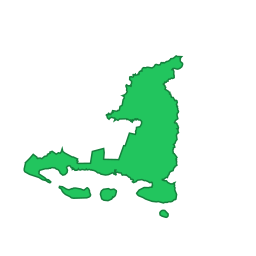 South East Santo, Sanma, Vanuatu, rotated 117°
{"feature_id": "77236927B70121045858985", "entity_name": "South East Santo", "entity_type": "district", "adm_level": 2, "iso_a3": "VUT", "parent_name": "Vanuatu", "parent_adm1": "Sanma", "projection": "mercator", "projection_center": [167.149, -15.403], "detail": "fine", "context": "isolated", "style": "filled", "palette": "green", "viewbox_px": 256, "rotation_deg": 117, "n_neighbors": 0, "source": "geoboundaries", "source_scale": "gbopen_adm2", "svg_char_len": 5922}
<svg xmlns="http://www.w3.org/2000/svg" viewBox="0 0 256 256"><g transform="rotate(117 128 128)"><path d="M176.4,177.2L179.7,176.7L181.4,177.1L181.6,178.7L183.9,180.1L183.2,185.0L185.0,186.6L185.7,185.9L188.0,187.8L188.8,187.5L189.8,187.7L191.2,189.5L194.4,190.8L194.6,192.4L195.4,193.9L196.2,194.5L196.1,195.4L195.4,195.8L194.5,200.5L199.8,201.8L205.3,203.6L205.3,203.3L205.4,203.5L211.6,201.9L213.0,201.1L213.8,200.0L214.0,194.7L212.5,184.9L212.9,180.8L212.1,177.2L212.5,174.6L212.3,172.8L211.7,172.3L211.0,172.4L210.2,175.4L210.6,176.1L210.6,177.2L211.4,177.2L211.7,177.9L210.7,178.3L210.1,179.3L209.4,186.0L209.0,186.8L207.5,187.2L207.3,187.6L205.7,187.4L201.8,183.2L200.4,180.5L199.6,180.0L199.1,178.8L198.3,178.4L197.6,177.4L197.1,175.7L196.7,175.3L197.1,173.3L196.8,171.3L197.7,169.3L199.0,167.8L199.6,164.7L198.1,163.0L195.4,162.1L193.0,162.8L191.2,164.8L189.8,164.7L188.3,163.5L188.1,162.3L189.3,160.2L188.6,159.5L188.6,159.0L189.0,158.5L189.6,158.6L189.4,158.1L189.8,158.2L189.1,157.2L189.1,156.8L189.8,156.1L188.8,154.3L188.3,154.3L187.7,153.5L187.0,153.6L187.4,152.9L187.1,151.4L185.7,150.1L184.9,147.2L183.4,146.5L183.9,145.4L182.4,143.6L182.3,142.0L181.7,141.4L181.9,141.0L181.3,139.1L181.2,137.0L181.7,134.7L181.0,132.9L181.4,131.2L180.1,126.7L178.4,124.2L175.1,121.6L174.8,120.4L175.4,119.7L174.8,119.0L175.3,118.8L175.3,117.6L174.8,117.5L174.3,117.9L174.4,118.8L174.0,118.8L173.2,119.8L172.2,120.4L171.3,120.6L171.0,119.7L172.8,119.8L173.5,119.3L172.2,117.5L172.0,115.7L171.2,113.8L172.6,111.7L171.8,110.7L171.2,109.1L169.9,108.0L170.6,108.4L171.0,108.1L170.7,107.2L171.4,104.9L171.1,104.1L171.6,102.9L172.3,102.4L172.4,101.7L171.8,101.0L171.7,100.0L172.4,99.4L173.9,99.7L174.1,98.2L171.8,96.2L171.1,96.3L170.0,95.6L167.6,92.1L167.5,89.6L166.9,88.7L166.6,86.1L166.8,83.7L165.6,82.3L165.6,81.8L168.0,80.1L168.9,80.3L169.4,79.8L170.0,79.9L170.7,81.4L171.7,82.4L173.7,86.6L178.2,89.9L182.2,90.7L183.1,89.4L183.5,87.7L183.1,83.0L183.3,80.2L182.4,73.2L180.9,69.2L179.7,67.5L178.7,62.4L177.5,61.4L176.5,59.3L175.1,58.2L174.4,56.5L173.3,55.3L170.6,54.2L170.6,53.6L169.7,53.0L165.2,54.5L161.9,58.3L159.9,59.0L159.1,60.2L157.7,60.5L156.8,61.5L155.4,61.5L156.5,62.5L157.3,62.5L158.5,64.7L158.5,68.0L157.6,69.7L158.5,71.8L158.7,73.8L158.2,74.1L157.2,72.7L155.0,71.8L154.5,71.3L154.3,70.4L151.9,70.8L151.0,70.4L148.7,70.8L147.0,69.9L145.5,68.5L143.1,69.0L141.6,68.5L140.9,68.7L139.0,67.5L137.6,68.8L135.9,69.3L135.3,70.2L134.3,70.2L133.9,71.2L132.0,71.0L129.9,75.2L129.9,76.2L127.0,78.2L126.1,78.0L124.9,78.6L123.8,77.6L122.5,78.8L122.0,80.0L120.4,79.2L117.9,79.5L116.0,79.1L112.5,81.6L110.4,81.7L109.8,81.1L109.0,81.0L108.1,82.2L107.0,82.5L106.4,84.0L105.6,83.0L104.4,83.4L103.8,84.5L103.1,84.8L102.9,85.7L101.9,86.4L101.6,87.1L102.2,88.4L102.1,89.0L99.6,89.1L97.1,87.8L94.2,90.3L92.3,90.8L91.6,90.3L90.2,90.6L89.1,92.1L87.9,92.6L87.1,93.6L86.3,93.7L86.4,94.5L85.5,94.8L84.9,95.6L82.8,95.7L81.5,96.9L81.5,97.9L82.2,98.2L82.3,98.7L80.3,101.6L80.9,103.2L78.5,105.5L78.9,106.2L78.8,106.5L77.3,106.9L77.5,107.5L77.0,108.5L76.6,112.6L74.6,112.9L74.3,114.0L73.5,114.4L73.1,115.5L73.2,116.1L72.7,116.5L71.9,116.0L70.3,115.9L70.5,115.3L69.8,114.7L68.5,114.6L68.1,113.7L67.7,114.0L66.1,113.9L65.0,112.4L63.9,112.1L63.6,110.7L62.2,109.7L59.9,111.0L59.7,111.5L56.8,112.8L55.6,114.2L56.0,115.3L54.7,115.1L53.8,113.8L53.2,110.9L52.5,109.9L51.1,108.8L49.0,107.9L46.8,108.1L45.6,108.8L45.0,111.4L43.5,112.6L42.7,112.6L42.3,113.2L40.1,112.6L42.0,116.8L41.9,117.8L45.4,119.3L46.8,121.3L47.7,121.3L50.1,122.3L51.3,123.9L53.5,125.1L53.7,126.2L54.3,126.4L54.2,127.2L54.7,128.1L57.1,128.1L58.1,129.6L58.4,131.4L59.1,132.4L61.7,132.7L63.6,133.9L64.8,137.7L65.3,138.7L66.2,139.4L67.2,141.6L68.5,142.2L70.1,141.9L70.6,142.3L70.9,141.6L72.4,143.3L74.0,143.4L74.4,142.8L75.5,142.7L75.5,143.6L76.6,144.0L77.4,145.0L77.4,145.4L76.7,145.9L77.7,146.3L78.0,147.6L78.5,147.6L79.1,146.7L80.0,146.5L80.7,147.2L80.8,148.5L81.8,149.6L84.1,148.5L84.7,146.0L86.7,145.1L88.4,145.1L88.6,144.5L89.4,144.2L89.5,143.6L89.7,146.1L90.5,147.1L90.1,148.8L90.9,149.1L91.8,148.7L93.4,146.9L94.9,146.5L95.9,145.2L98.2,145.3L100.4,146.3L100.9,147.0L101.3,146.7L101.7,147.3L101.7,145.9L103.1,144.9L104.9,145.2L110.1,143.6L110.8,143.7L112.4,144.9L115.7,143.9L116.4,144.1L116.9,145.0L117.7,145.2L118.3,145.9L119.5,149.6L120.8,149.4L120.8,148.5L121.0,148.4L122.6,149.8L123.8,149.4L124.2,150.1L123.6,151.9L124.0,152.1L125.0,151.6L125.4,152.6L126.0,153.2L126.4,153.1L126.4,152.6L128.3,150.9L128.8,148.9L127.6,148.7L125.9,147.5L125.7,145.6L125.2,144.3L125.6,143.7L127.6,143.4L125.7,142.4L125.7,140.4L123.9,139.7L120.6,133.8L121.0,132.7L120.2,132.3L120.4,130.2L119.4,129.1L119.6,128.6L120.7,128.6L120.8,126.9L118.7,127.5L118.8,126.3L117.4,126.3L116.5,125.7L116.4,125.4L117.2,124.9L117.0,124.2L116.7,123.9L115.6,124.0L115.5,123.4L116.0,122.2L115.3,120.6L116.1,118.7L118.3,117.8L121.4,117.9L123.6,120.7L125.5,119.9L127.5,119.8L128.5,118.9L130.4,118.6L131.9,124.4L145.1,122.4L145.7,123.8L160.4,121.9L167.0,135.5L160.7,138.1L157.3,140.4L165.1,149.1L176.5,145.4L182.3,156.5L182.2,157.5L180.3,157.5L180.4,158.8L178.5,158.8L178.7,163.6L179.2,164.5L179.0,173.0L178.5,175.5L176.4,177.2ZM214.9,156.3L215.6,153.6L215.5,148.5L215.9,146.7L215.3,144.7L208.9,133.0L207.1,131.3L206.0,130.8L204.6,130.9L202.6,133.2L201.3,133.9L200.1,135.5L199.7,137.0L199.9,137.4L203.4,139.0L203.8,141.4L203.7,142.2L205.3,147.4L206.2,149.1L207.3,149.8L207.3,150.3L209.8,152.5L210.4,154.8L210.1,159.7L211.1,162.5L212.4,162.2L212.7,159.5L214.0,158.1L214.9,156.3ZM196.2,123.1L198.6,122.8L199.7,122.4L203.1,119.2L203.3,116.7L201.8,112.8L198.7,110.3L198.3,110.5L197.3,110.0L196.8,110.2L196.9,109.9L195.0,108.9L193.3,108.7L189.9,109.5L189.2,110.0L188.8,112.8L190.9,115.5L190.9,117.9L193.8,122.1L196.2,123.1ZM186.4,53.2L184.8,57.8L185.4,59.4L186.1,60.3L187.7,61.1L189.2,61.1L190.9,59.9L191.1,57.6L190.5,54.3L190.2,53.3L189.5,52.7L188.2,52.4L186.4,53.2Z" fill="#22c55e" stroke="#15803d" stroke-width="1.5"/></g></svg>